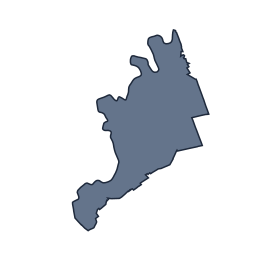 Briseñas, Michoacán, Mexico (Equal Earth projection), rotated 323°
{"feature_id": "50627088B59438418700927", "entity_name": "Briseñas", "entity_type": "district", "adm_level": 2, "iso_a3": "MEX", "parent_name": "Mexico", "parent_adm1": "Michoacán", "projection": "equal_earth", "projection_center": [-102.591, 20.243], "detail": "fine", "context": "isolated", "style": "filled", "palette": "slate", "viewbox_px": 256, "rotation_deg": 323, "n_neighbors": 0, "source": "geoboundaries", "source_scale": "gbopen_adm2", "svg_char_len": 5800}
<svg xmlns="http://www.w3.org/2000/svg" viewBox="0 0 256 256"><g transform="rotate(323 128 128)"><path d="M119.4,87.8L118.9,88.3L118.4,89.0L117.9,89.9L115.7,94.0L114.9,95.6L114.6,96.5L114.5,97.0L114.6,97.5L114.8,98.0L115.0,98.4L115.8,99.3L116.5,100.2L116.8,100.8L117.0,101.4L117.2,102.0L117.4,103.0L117.3,103.4L117.2,104.0L116.8,105.8L116.7,106.6L116.6,108.7L116.5,109.1L116.4,109.5L116.2,109.9L115.7,110.2L115.2,110.2L114.7,110.0L114.2,109.8L113.6,109.7L112.6,109.6L112.1,109.6L111.7,109.7L111.3,109.9L110.6,110.5L109.5,111.3L107.9,112.7L107.5,113.1L107.4,113.3L107.3,113.6L107.2,114.0L107.3,114.6L107.5,115.1L107.8,115.7L108.4,116.3L109.6,117.2L110.2,117.6L110.8,118.1L111.6,119.0L111.9,119.5L112.0,119.9L112.1,120.2L112.1,120.5L112.1,120.9L111.9,121.4L111.7,121.8L111.3,122.1L111.0,122.5L110.6,122.8L110.1,123.1L109.8,123.4L109.4,123.7L109.1,124.1L108.8,124.5L108.6,124.7L108.4,125.2L108.3,125.4L108.2,125.9L108.1,126.7L107.9,127.7L107.7,129.0L107.4,130.1L107.2,130.6L107.0,131.3L106.2,132.9L105.1,135.0L103.9,137.7L103.1,139.9L102.7,141.3L102.3,143.0L101.3,147.0L101.0,148.1L100.6,149.0L100.2,149.7L99.8,150.1L97.8,151.6L95.6,153.4L94.5,154.3L93.4,155.0L92.2,155.7L90.8,156.5L89.4,157.1L86.5,158.5L85.4,158.9L84.2,159.3L83.5,159.5L82.7,159.5L81.8,159.4L80.9,159.3L79.0,158.8L77.2,158.1L75.8,157.3L75.2,156.8L74.7,156.1L74.4,155.5L74.0,154.6L73.8,153.9L73.6,153.2L73.2,152.5L72.5,151.8L72.1,151.5L71.7,151.3L71.2,151.1L70.6,151.0L69.9,151.0L68.9,151.1L68.1,151.2L67.3,151.4L66.5,151.6L66.0,151.6L65.4,151.6L65.0,151.4L64.6,151.1L64.2,150.7L63.9,150.3L63.6,149.8L63.3,149.2L63.0,148.7L62.7,148.2L62.4,147.6L62.0,147.3L61.6,147.0L61.2,146.9L60.8,146.8L60.3,146.7L59.7,146.7L59.0,146.8L56.4,146.9L55.1,146.9L53.4,147.1L51.7,147.4L51.0,147.5L50.4,147.7L49.9,147.9L49.4,148.3L49.1,148.6L48.8,148.8L48.6,149.2L48.3,150.2L47.9,151.6L47.6,152.5L47.3,153.3L47.0,153.8L46.6,154.2L46.2,154.6L45.5,154.9L44.9,154.9L43.7,154.6L40.2,154.0L39.0,154.0L38.0,155.3L35.6,160.1L34.7,161.6L32.6,165.8L31.5,168.0L31.8,171.2L31.9,172.5L32.4,177.3L32.6,177.3L33.2,182.0L34.4,186.0L36.2,186.1L39.0,186.8L40.6,187.1L41.4,186.8L43.0,185.9L44.3,185.4L46.1,184.4L46.5,184.0L46.9,182.9L47.3,181.6L47.6,180.8L49.0,180.8L51.2,180.8L51.3,178.7L51.3,177.1L54.5,174.8L56.0,174.7L56.3,174.7L56.3,176.0L58.5,176.0L63.1,175.7L64.2,175.7L65.3,174.7L66.7,173.5L67.5,173.1L67.5,173.5L69.8,173.1L69.7,171.9L69.9,172.1L72.0,174.3L78.7,179.0L79.0,179.1L81.4,179.3L85.7,179.0L88.1,178.7L90.2,178.5L90.2,179.0L92.6,179.1L92.6,178.5L94.9,179.3L95.1,180.9L97.4,181.0L99.7,181.0L101.2,180.9L102.1,181.1L104.5,181.2L104.4,179.7L104.8,179.4L106.6,179.5L114.3,180.1L113.8,175.9L115.9,176.1L116.1,177.1L118.4,176.9L118.6,178.1L120.8,178.2L125.3,178.7L127.6,178.9L130.0,180.2L139.3,182.5L139.8,182.3L145.5,179.8L145.6,179.4L146.4,179.0L146.7,178.8L146.9,178.8L152.4,175.8L153.8,175.2L153.7,176.2L153.9,176.3L155.9,177.2L162.5,180.2L163.6,180.7L165.4,181.5L172.0,184.6L173.0,184.9L174.9,185.8L176.8,186.7L177.6,184.2L179.5,177.5L180.9,172.8L181.6,170.4L182.2,168.1L184.4,161.1L185.1,158.2L185.9,158.5L194.2,162.1L198.1,163.9L198.7,164.3L200.3,165.3L200.7,165.5L200.8,165.0L201.0,165.1L202.3,160.9L203.4,157.1L203.5,156.8L204.6,153.5L205.4,151.2L206.1,148.7L206.9,146.2L208.5,140.9L209.5,137.6L210.2,135.1L211.1,132.7L211.8,130.0L211.2,129.7L207.6,120.9L210.7,121.3L211.2,115.5L213.5,115.7L213.7,113.0L215.7,113.2L214.5,111.2L214.3,111.1L215.8,107.4L214.6,106.6L214.5,106.1L214.6,105.4L215.0,105.5L216.5,104.4L216.7,104.1L216.4,103.0L215.3,102.7L215.2,102.4L213.3,102.4L213.5,102.2L216.4,98.9L217.8,100.0L218.9,96.1L219.5,95.6L220.8,92.9L221.7,89.4L222.5,87.0L224.2,80.9L224.1,80.4L223.9,79.5L224.5,79.1L224.5,78.6L223.6,77.3L223.3,77.0L222.5,77.6L221.3,78.6L220.5,79.5L219.8,80.2L218.9,81.3L217.7,82.7L216.9,83.7L216.0,84.4L215.2,85.0L214.5,85.3L213.8,85.4L212.8,85.4L211.9,85.1L211.1,84.9L209.8,84.1L209.3,83.8L208.7,83.2L208.3,82.5L208.0,82.0L207.9,81.4L208.0,80.8L208.3,79.5L209.0,77.9L209.1,77.3L209.3,76.4L209.3,75.8L209.2,75.1L209.1,74.5L208.8,73.7L208.3,72.8L207.9,72.3L207.5,71.8L207.0,71.4L206.2,71.1L204.1,70.5L202.1,69.6L200.3,69.0L199.7,68.9L198.7,68.9L198.2,69.0L197.7,69.3L197.1,69.8L196.4,70.4L195.7,71.2L195.2,71.8L194.7,72.4L194.2,73.5L194.1,74.1L194.2,75.1L194.1,76.4L193.9,77.6L193.6,79.6L192.6,84.3L191.9,86.1L191.0,88.1L190.2,90.2L189.8,92.2L189.4,94.3L188.9,96.6L188.6,98.0L188.4,98.7L188.0,99.4L187.6,100.0L186.8,100.4L186.1,100.6L185.0,100.7L184.2,100.4L183.1,99.7L182.6,99.3L181.9,98.1L181.7,97.3L181.6,96.1L181.9,92.1L182.0,91.3L182.1,90.4L182.2,89.6L182.4,89.2L183.1,88.3L183.7,87.1L183.9,86.2L184.1,85.7L184.2,85.0L184.1,84.3L184.0,83.7L183.8,83.3L182.4,81.6L181.9,81.0L181.4,80.4L180.9,79.7L178.8,77.5L178.1,76.6L177.5,75.8L177.0,75.2L176.6,74.5L176.2,74.0L175.7,73.6L175.3,73.3L174.9,73.1L174.5,73.0L174.2,72.9L173.7,73.1L172.0,74.1L171.0,75.0L169.6,76.8L169.2,77.6L168.9,78.5L168.8,78.8L168.8,79.4L169.0,79.7L170.5,81.5L171.4,82.7L172.1,83.9L172.4,84.8L172.7,85.7L172.8,86.6L172.7,87.8L172.6,88.9L172.4,89.9L172.0,91.1L171.7,92.0L171.2,92.9L170.5,93.5L169.8,93.8L169.0,93.8L168.0,93.7L165.2,92.9L164.1,92.7L163.2,92.6L162.4,92.6L161.4,92.8L160.3,93.1L156.3,94.6L155.4,94.8L154.6,95.2L153.8,95.6L153.1,96.1L152.3,96.9L151.4,97.9L150.7,98.8L149.9,99.7L149.1,100.3L147.8,101.3L146.7,101.9L145.8,102.5L145.0,103.1L144.1,103.8L143.5,104.1L143.2,104.2L142.9,104.1L142.3,103.4L142.0,102.7L141.1,100.3L140.5,99.1L140.1,98.2L139.7,97.8L139.2,97.7L138.5,97.9L138.0,98.2L137.0,98.9L136.2,99.3L135.7,99.5L135.3,99.4L134.9,99.0L134.5,98.2L134.3,97.3L134.1,96.2L134.1,94.9L133.9,92.4L133.8,91.6L133.5,91.1L133.2,90.5L132.8,90.3L132.2,90.0L131.5,89.8L128.9,89.3L127.6,89.0L126.6,88.7L125.7,88.4L124.5,88.0L123.2,87.6L122.2,87.3L121.3,87.2L120.7,87.2L120.0,87.4L119.4,87.8Z" fill="#64748b" stroke="#1e293b" stroke-width="1.5"/></g></svg>